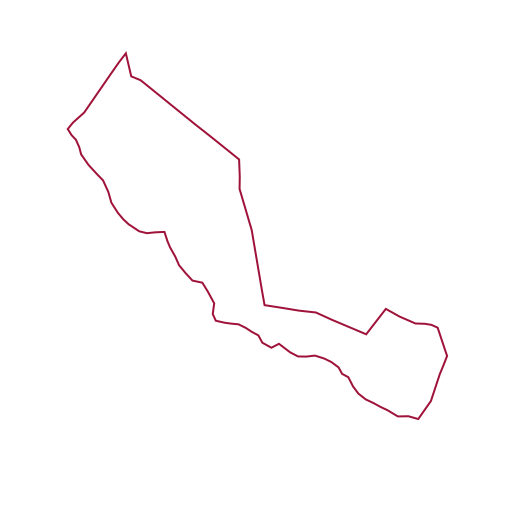 Muritiba, Bahia, Brazil (orthographic projection), rotated 39°
{"feature_id": "56859067B73294904246727", "entity_name": "Muritiba", "entity_type": "district", "adm_level": 2, "iso_a3": "BRA", "parent_name": "Brazil", "parent_adm1": "Bahia", "projection": "orthographic", "projection_center": [-39.074, -12.621], "detail": "fine", "context": "isolated", "style": "outline", "palette": "rose", "viewbox_px": 512, "rotation_deg": 39, "n_neighbors": 0, "source": "geoboundaries", "source_scale": "gbopen_adm2", "svg_char_len": 1215}
<svg xmlns="http://www.w3.org/2000/svg" viewBox="0 0 512 512"><g transform="rotate(39 256 256)"><path d="M29.8,275.8L36.4,278.1L42.9,279.0L50.2,282.7L56.2,287.1L68.4,290.6L80.4,292.4L89.6,293.5L101.0,299.2L110.1,305.6L121.6,309.4L129.8,311.0L137.1,311.5L149.7,310.3L156.9,306.9L162.8,301.0L169.7,294.9L177.7,300.1L183.6,303.3L193.7,307.3L202.0,311.6L212.5,313.7L222.1,315.1L231.1,310.5L241.3,314.1L253.3,319.1L258.9,328.3L265.5,331.6L273.6,327.6L279.4,324.1L285.4,320.1L293.4,318.3L300.5,317.6L307.8,316.2L315.5,319.4L325.7,317.6L329.1,309.8L343.0,309.4L351.9,307.6L358.3,302.6L364.5,296.3L373.4,292.8L381.2,291.0L390.2,290.6L397.1,293.4L404.0,292.1L413.5,296.3L422.1,298.5L431.5,298.4L440.1,296.3L447.9,294.9L455.2,293.1L467.2,291.4L475.3,284.6L484.7,280.6L483.2,258.6L473.2,232.2L470.5,223.1L467.4,213.4L461.7,209.8L442.3,197.4L435.7,199.1L429.9,202.4L422.4,208.1L405.8,212.7L390.2,215.4L390.9,247.5L354.8,257.9L338.1,262.2L323.8,271.4L308.9,279.9L293.6,288.8L282.5,279.2L236.4,238.6L201.0,214.2L193.4,204.5L182.1,191.6L146.8,191.7L126.0,192.0L94.3,192.0L73.9,192.0L55.8,192.0L46.0,194.9L27.3,180.4L27.6,192.0L28.7,207.3L32.2,252.6L29.8,267.5L29.8,275.8Z" fill="none" stroke="#9f1239" stroke-width="2"/></g></svg>